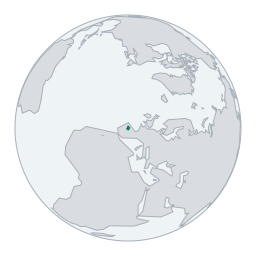 Zamora on an orthographic globe, rotated 64°
{"feature_id": "ESP-5852", "entity_name": "Zamora", "entity_type": "Autonomous Community", "adm_level": 1, "iso_a3": "ESP", "parent_name": "Spain", "parent_adm1": "", "projection": "orthographic", "projection_center": [-6.097, 41.685], "detail": "fine", "context": "on_globe", "style": "filled", "palette": "teal", "viewbox_px": 256, "rotation_deg": 64, "n_neighbors": 0, "source": "natural_earth", "source_scale": "10m", "svg_char_len": 9838}
<svg xmlns="http://www.w3.org/2000/svg" viewBox="0 0 256 256"><g transform="rotate(64 128 128)"><circle cx="128" cy="128" r="113" fill="#eef3f6" stroke="#a8b0b8"/><path d="M36.3,193.4L32.7,187.3L30.3,182.9L25.7,174.2L19.7,156.1L20.0,152.9L19.3,149.1L21.7,146.6L21.9,138.6L21.3,136.0L20.2,136.9L18.9,126.9L19.6,119.6L21.9,92.4L23.5,87.8L25.7,83.5L37.3,63.3L27.2,79.0L29.7,73.9L33.7,67.3L33.9,67.4L40.0,59.4L43.7,54.6L52.4,46.5L62.1,41.4L59.4,43.6L62.0,42.4L65.5,39.6L67.2,38.2L81.1,32.2L93.5,26.2L95.4,24.1L96.6,24.9L98.8,21.2L104.2,19.0L99.3,21.7L99.8,22.2L104.1,20.6L105.5,20.8L108.4,20.3L109.6,20.8L106.7,22.6L107.5,23.0L110.5,22.0L113.7,22.0L109.1,23.5L114.2,23.7L110.3,27.5L97.1,32.0L96.1,35.4L85.8,44.0L87.9,43.9L85.3,47.5L86.9,48.9L84.5,50.4L87.8,50.3L89.6,48.7L91.7,48.2L92.8,49.0L90.0,50.9L89.0,50.8L88.7,51.7L86.9,52.4L88.4,52.5L84.9,54.9L89.9,53.7L88.4,56.6L85.6,57.9L83.9,56.2L73.2,55.7L69.9,56.9L66.9,60.1L65.5,69.2L62.6,71.4L60.2,75.5L62.7,74.9L65.5,71.5L69.5,71.7L72.4,67.8L74.4,67.4L78.2,64.3L79.8,66.5L79.2,70.6L76.2,73.3L75.8,75.3L80.5,74.3L76.4,81.4L76.7,89.6L75.4,91.4L69.8,91.5L65.4,87.1L58.1,88.3L65.0,89.5L61.7,94.4L62.0,96.2L63.4,97.2L65.5,96.2L64.8,98.4L57.8,97.8L58.3,95.8L60.6,95.9L58.5,94.0L53.7,94.0L52.4,96.8L46.6,94.8L45.6,96.8L43.8,97.7L45.8,94.5L42.1,100.3L35.1,100.4L29.9,110.5L32.7,99.9L32.2,96.3L31.2,93.1L30.3,94.6L30.2,88.9L28.0,87.8L23.9,93.7L21.4,101.1L21.8,106.6L23.4,104.9L24.5,108.1L20.5,114.0L22.0,121.7L20.0,127.4L20.0,132.6L21.5,135.0L22.9,139.8L24.9,138.4L27.8,140.0L26.7,145.3L29.2,142.6L30.1,147.1L36.5,153.7L35.7,154.4L40.9,166.1L48.3,174.5L50.0,179.4L48.9,181.0L51.9,183.6L51.9,185.0L65.3,194.3L73.4,201.1L74.0,205.8L68.9,208.5L68.3,216.5L60.2,214.3L60.9,216.6L59.2,217.1L54.0,212.9L55.1,213.9L48.3,207.6L42.0,200.7L36.3,193.4ZM28.2,113.4L30.0,125.1L27.4,121.6L28.2,121.5L28.0,117.8L27.3,112.7L25.4,110.0L28.2,113.4ZM32.3,111.4L31.9,109.8L32.5,110.9L32.3,111.4ZM67.8,37.5L65.5,39.6L61.8,42.1L63.5,40.4L67.8,37.5ZM75.0,33.4L74.4,34.3L71.5,35.1L72.8,34.4L75.0,33.4ZM96.4,22.7L94.3,23.7L95.9,22.7L96.4,22.7ZM108.5,20.1L108.7,19.9L110.1,19.7L108.5,20.1ZM77.1,63.2L77.6,63.7L76.7,64.1L77.1,63.2ZM78.3,61.5L76.7,61.5L77.1,60.7L78.0,60.7L78.3,61.5ZM113.4,20.4L115.7,20.5L112.9,20.7L113.4,20.4ZM80.1,61.7L77.8,59.2L78.4,57.8L82.4,56.8L80.1,61.7ZM116.6,20.7L122.1,21.0L122.9,20.3L123.7,22.7L118.8,21.5L115.2,21.9L117.0,21.2L116.6,20.7ZM89.8,47.9L87.8,49.6L88.5,47.6L89.8,47.9ZM89.7,46.8L88.6,41.6L92.0,39.7L91.7,41.7L95.3,38.8L97.4,40.4L96.0,42.3L93.3,43.2L96.2,43.2L89.7,46.8ZM123.2,24.2L124.1,24.6L122.6,24.5L123.2,24.2ZM92.6,47.9L92.0,46.9L95.0,45.2L96.5,46.8L95.1,46.8L92.6,47.9ZM95.2,37.4L97.6,36.5L100.0,37.4L101.3,37.2L97.8,40.3L95.2,37.4ZM95.0,47.6L97.2,47.7L96.8,49.2L93.3,48.7L95.0,47.6ZM95.1,44.1L96.5,43.3L96.2,44.3L95.1,44.1ZM96.7,55.1L96.0,53.9L97.5,52.8L96.7,55.1ZM98.1,47.6L98.2,47.0L98.7,46.5L100.1,46.9L98.1,47.6ZM99.7,40.8L100.2,41.5L101.3,39.6L103.1,40.4L100.5,42.4L102.4,41.9L103.0,42.1L100.2,43.4L99.7,40.8ZM103.0,45.8L100.2,48.8L101.1,51.3L99.9,52.2L98.6,48.1L103.0,45.8ZM101.6,44.3L102.1,45.4L100.3,46.0L98.7,45.5L101.6,44.3ZM105.4,40.3L103.2,38.6L103.9,38.2L105.4,40.3ZM103.6,46.4L104.3,45.7L103.9,46.5L103.6,46.4ZM105.2,42.0L104.4,41.4L105.2,41.0L105.2,42.0ZM106.3,44.8L105.4,45.7L104.3,45.4L106.3,44.8ZM106.1,43.4L107.4,43.1L104.4,44.8L105.6,43.2L106.1,43.4ZM106.1,41.8L106.3,41.3L106.4,42.1L106.1,41.8ZM110.9,45.6L107.5,47.8L105.1,47.1L108.7,45.0L110.9,45.6ZM194.2,36.9L195.1,37.6L193.1,36.2L197.9,40.0L195.3,38.2L200.2,42.3L201.2,42.7L198.0,39.9L203.4,44.4L203.5,44.4L210.0,50.7L215.9,57.6L221.3,64.8L226.0,72.5L230.2,80.6L233.6,88.9L232.9,87.1L234.5,91.9L233.2,88.8L231.0,86.4L232.7,93.4L236.1,109.5L238.5,118.1L238.9,124.6L234.5,117.8L230.9,111.0L230.4,114.3L225.0,112.3L218.8,121.6L217.0,120.3L216.0,123.2L212.1,124.1L209.0,121.8L207.0,124.0L215.1,130.1L217.1,127.7L217.5,121.6L219.5,124.5L223.1,124.4L222.4,137.4L211.7,157.0L209.1,151.0L192.9,138.5L192.5,136.0L192.3,135.8L192.0,135.4L192.2,139.8L188.8,137.0L199.2,147.3L201.6,152.6L211.6,157.5L211.0,159.2L213.7,159.4L220.6,150.2L221.0,152.4L218.7,165.9L207.8,187.4L208.4,194.3L206.1,201.2L197.4,209.8L196.2,213.5L191.4,217.2L189.8,219.5L184.9,223.3L177.3,227.7L166.6,231.6L167.5,230.3L164.4,228.4L160.9,220.5L165.2,214.5L164.9,210.4L156.9,202.0L158.8,195.4L156.3,193.2L151.3,194.8L148.3,192.0L145.1,192.4L124.3,196.3L117.1,192.0L106.2,177.6L109.3,172.0L108.3,164.9L128.3,139.6L134.3,140.6L152.1,134.3L154.6,134.7L154.5,140.9L169.4,144.1L171.9,138.1L183.5,137.5L189.9,134.0L188.8,122.3L178.2,127.7L174.4,123.4L181.4,114.6L190.3,110.0L189.1,108.2L181.9,107.0L182.3,102.0L179.1,106.3L181.6,107.4L179.7,110.2L177.4,109.4L177.6,107.6L174.4,108.1L174.1,116.9L176.6,119.1L169.3,123.8L172.8,127.9L171.4,131.0L165.0,125.2L164.4,122.4L153.9,117.1L153.9,120.4L163.8,125.8L161.4,125.9L161.5,130.9L159.6,127.2L148.8,120.9L141.2,124.6L134.2,137.7L129.1,139.3L123.6,137.4L123.3,125.3L134.7,123.2L134.7,119.3L130.0,114.3L133.8,114.2L133.3,112.0L137.3,111.1L140.7,104.9L144.4,103.5L143.5,96.7L145.3,95.2L145.3,99.6L147.4,102.0L156.5,98.8L157.6,96.9L156.2,92.9L158.9,92.7L156.4,89.2L160.4,85.7L153.4,87.1L151.6,82.9L152.8,78.6L150.9,77.5L148.9,84.6L149.3,87.2L151.6,89.0L151.5,96.9L148.9,99.0L144.2,92.0L140.0,94.4L138.2,88.3L144.6,72.4L148.5,68.3L159.7,69.8L160.1,72.9L156.3,73.8L161.9,76.6L160.5,74.6L162.7,74.6L161.5,70.8L163.0,70.6L159.3,67.4L161.0,66.8L163.4,68.8L163.1,63.1L166.1,61.1L165.3,59.9L163.6,59.3L168.5,57.4L167.7,56.6L165.8,56.9L163.0,55.7L159.9,52.8L161.8,52.3L163.1,53.3L168.8,54.7L172.1,57.5L172.6,57.1L170.1,54.5L163.2,52.7L160.8,51.2L164.1,51.6L162.7,51.3L162.1,50.4L163.2,49.1L159.7,48.5L150.5,40.2L151.8,37.2L155.7,38.3L151.3,32.8L153.1,30.4L151.3,30.6L148.0,28.5L147.4,29.2L146.3,29.2L137.5,24.8L136.9,23.6L131.1,22.5L130.2,22.7L130.3,23.4L123.7,22.7L122.9,20.3L125.0,19.9L123.1,18.9L128.2,18.4L131.5,17.7L138.2,18.3L140.2,17.9L139.2,17.5L141.2,17.0L148.9,17.6L147.1,18.6L136.5,19.3L141.2,19.0L141.4,19.6L143.9,19.9L147.1,19.8L146.7,19.4L158.5,23.1L168.7,25.6L164.9,23.4L165.1,22.8L173.4,25.1L190.7,34.5L191.0,34.6L194.2,36.9ZM123.6,153.0L123.5,155.2L123.6,153.0ZM201.4,110.5L205.7,107.0L201.0,102.1L202.3,100.4L200.2,99.5L200.7,101.8L195.2,98.9L196.1,95.3L194.1,92.9L192.6,94.0L191.9,101.2L199.7,105.2L199.9,108.8L201.4,110.5ZM36.7,153.9L37.3,155.7L36.2,154.7L36.7,153.9ZM26.3,123.2L27.1,124.8L27.2,126.4L26.5,125.5L26.3,123.2ZM34.6,135.7L35.8,137.8L34.2,136.5L34.6,135.7ZM30.4,126.8L33.6,134.2L30.5,132.4L28.6,127.7L30.3,129.7L30.4,126.8ZM30.4,113.7L30.7,115.0L30.1,115.7L30.4,113.7ZM32.8,112.3L32.6,112.0L32.8,110.7L32.8,112.3ZM62.1,94.4L62.6,94.6L63.7,96.0L62.5,96.0L62.1,94.4ZM72.8,98.4L71.5,101.9L71.6,99.3L69.6,100.0L67.4,95.6L74.6,92.1L71.8,94.4L72.8,98.4ZM66.5,89.1L67.1,92.0L66.2,89.0L66.5,89.1ZM126.3,101.8L128.5,102.9L128.1,105.6L123.3,108.1L123.8,104.1L126.3,101.8ZM131.6,103.9L128.3,96.7L131.2,95.1L130.1,97.2L132.3,96.8L131.3,100.1L137.2,106.0L137.3,108.8L128.4,111.4L131.3,108.9L129.0,107.8L131.6,103.9ZM114.8,83.3L113.4,80.8L121.4,80.5L121.8,82.9L117.1,85.3L113.8,83.9L114.8,83.3ZM87.6,60.6L86.6,60.1L87.4,59.5L88.9,59.4L87.6,60.6ZM96.3,54.6L93.0,62.3L91.7,62.1L91.4,67.2L87.7,68.6L88.0,65.2L85.0,70.3L83.7,67.8L82.1,71.4L83.1,63.6L81.9,61.7L84.7,63.2L88.1,61.9L89.2,60.8L91.5,56.4L90.6,52.0L93.8,50.2L96.4,50.2L97.1,50.9L94.7,51.8L97.4,52.2L94.5,54.1L96.3,54.6ZM124.4,53.7L121.3,53.8L126.2,56.1L123.4,57.5L124.1,57.7L122.8,59.7L122.6,62.5L121.0,62.8L121.6,63.8L120.7,65.3L121.0,66.8L118.3,67.9L118.4,69.9L117.0,69.4L117.9,72.5L116.1,70.8L114.8,72.6L117.3,73.3L102.0,77.4L97.1,80.8L94.0,84.8L91.2,81.6L92.3,75.9L95.6,69.9L100.8,67.2L98.6,66.4L100.4,64.9L101.4,66.2L100.9,63.4L102.7,62.6L105.7,58.0L104.0,54.7L105.0,53.1L106.5,53.9L106.5,51.7L110.1,52.3L110.9,51.2L115.3,50.8L117.8,53.3L118.6,51.9L122.0,51.6L124.4,53.7ZM112.2,45.5L115.8,48.0L116.1,50.0L108.3,49.9L107.0,50.8L102.1,51.1L101.8,48.2L103.3,48.4L104.6,47.9L104.2,49.0L105.5,47.7L107.6,48.0L109.2,47.1L109.9,48.1L112.2,45.5ZM156.4,131.9L158.1,131.7L160.6,130.6L160.7,133.9L156.4,131.9ZM149.0,127.7L150.4,126.9L151.7,130.7L149.9,131.1L149.0,127.7ZM150.0,123.4L150.3,126.6L149.1,125.1L150.0,123.4ZM146.5,98.7L147.9,97.8L148.5,98.6L148.3,100.3L146.5,98.7ZM138.1,61.8L136.4,61.3L136.5,60.7L133.8,58.1L135.6,57.0L138.0,58.1L138.1,61.8ZM187.6,125.1L186.5,128.1L185.2,127.7L185.8,126.7L187.6,125.1ZM173.5,131.7L177.2,131.6L173.4,132.6L173.5,131.7ZM139.7,60.2L138.4,59.2L140.1,59.3L139.7,60.2ZM136.9,56.1L138.7,55.9L135.5,56.6L136.9,56.1ZM218.7,189.9L209.8,204.2L206.4,207.1L207.2,204.8L211.5,197.2L216.0,192.0L218.6,187.3L218.7,189.9ZM238.7,118.5L239.8,121.4L239.8,123.9L238.7,118.5ZM153.8,51.1L155.5,55.7L158.0,58.6L161.3,59.6L157.4,60.4L153.5,55.8L153.8,51.1ZM150.7,41.5L147.8,41.0L148.5,40.1L149.3,40.1L150.7,41.5ZM149.3,42.0L146.7,43.5L144.8,42.5L147.2,41.5L149.3,42.0ZM143.4,51.5L143.7,52.8L142.3,52.7L143.4,51.5ZM172.9,24.7L169.7,23.4L166.8,22.3L172.9,24.7ZM167.5,22.6L168.9,23.2L163.9,22.7L162.0,22.3L164.1,21.6L165.5,22.2L167.3,22.7L167.5,22.6ZM124.9,24.2L124.2,24.6L124.1,24.1L124.9,24.2ZM146.0,29.6L144.5,29.5L144.4,28.8L146.0,29.6ZM140.3,28.8L141.4,29.7L139.4,29.0L140.3,28.8ZM144.2,31.8L141.5,30.2L145.2,31.4L144.2,31.8Z" fill="#d9dde1" stroke="#a8b0b8" stroke-width="1"/><path d="M127.4,128.7L127.5,128.7L127.7,128.4L127.8,128.3L127.8,128.2L127.7,128.1L127.4,128.0L127.3,127.9L127.4,127.7L127.2,127.5L127.0,127.4L126.9,127.4L126.9,127.5L126.7,127.5L126.7,127.4L126.6,127.2L126.8,127.1L126.9,126.9L127.0,126.9L127.1,127.0L127.3,127.0L127.5,127.0L127.8,127.0L128.1,127.1L128.3,127.1L128.5,127.1L128.8,127.3L128.8,127.2L128.9,127.3L129.0,127.4L129.2,127.5L129.0,127.8L129.1,128.0L129.3,128.3L129.2,128.3L129.1,128.5L129.2,128.8L129.1,129.0L128.9,129.0L128.8,128.9L128.7,128.9L128.4,128.9L128.3,129.0L128.2,129.1L128.1,128.9L128.0,129.0L127.7,128.8L127.4,128.7Z" fill="#14b8a6" stroke="#0f766e" stroke-width="1.5"/></g></svg>